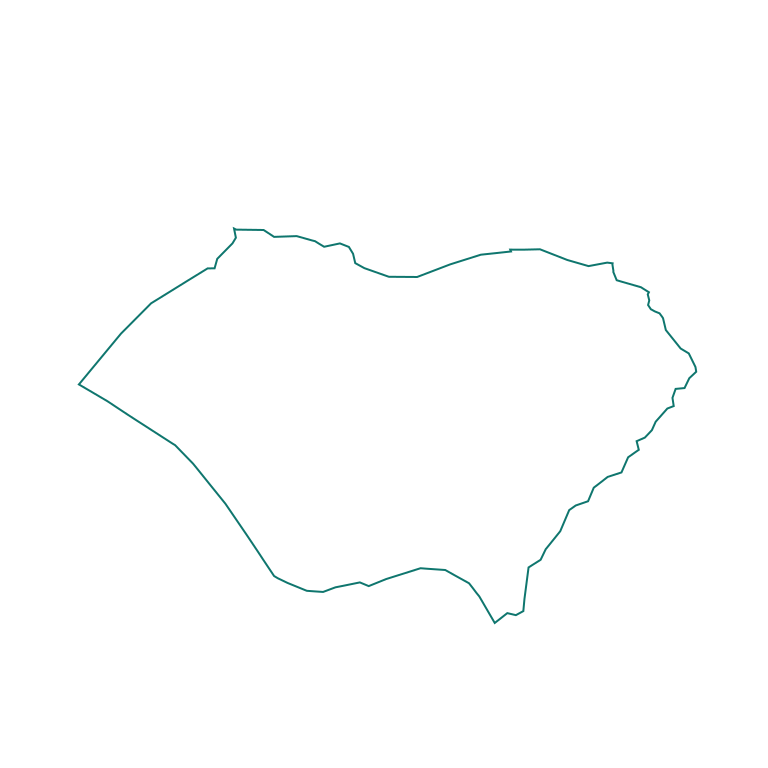 Doe, Nimba, Liberia (Natural Earth projection), rotated 301°
{"feature_id": "62588387B53345215693508", "entity_name": "Doe", "entity_type": "district", "adm_level": 2, "iso_a3": "LBR", "parent_name": "Liberia", "parent_adm1": "Nimba", "projection": "natural_earth1", "projection_center": [-8.791, 6.605], "detail": "fine", "context": "isolated", "style": "outline", "palette": "teal", "viewbox_px": 768, "rotation_deg": 301, "n_neighbors": 0, "source": "geoboundaries", "source_scale": "gbopen_adm2", "svg_char_len": 1858}
<svg xmlns="http://www.w3.org/2000/svg" viewBox="0 0 768 768"><g transform="rotate(301 384 384)"><path d="M605.2,517.8L603.0,512.8L590.4,498.6L584.7,477.2L579.8,448.3L570.8,434.1L564.2,423.0L563.0,424.6L554.2,413.0L544.7,400.4L520.6,379.1L496.0,359.8L492.8,357.3L478.5,333.1L478.3,332.4L473.2,307.5L472.8,297.1L479.7,290.4L483.4,283.3L481.8,273.8L470.8,262.0L470.8,256.1L470.9,251.3L470.0,248.4L465.8,233.0L453.5,214.0L453.9,204.3L454.0,201.5L451.1,196.5L440.2,177.8L440.0,175.4L433.1,181.7L426.5,181.7L405.4,176.6L395.9,179.2L392.5,173.7L392.3,173.3L370.9,162.2L351.8,152.4L333.2,142.8L330.3,142.1L310.4,137.2L291.7,132.6L284.5,131.5L226.5,122.7L226.8,155.8L225.7,180.5L225.4,189.3L224.0,233.7L224.0,236.4L217.4,261.3L214.5,269.3L208.5,285.6L199.7,309.7L183.8,344.3L175.1,362.8L171.3,370.7L162.8,388.7L162.8,393.0L163.8,403.8L166.6,421.9L166.7,422.6L167.0,424.4L171.1,432.5L174.4,438.9L184.7,447.1L190.5,453.5L201.5,465.5L202.9,475.0L217.9,486.3L244.9,510.2L246.1,512.6L248.2,516.8L255.4,530.9L256.1,532.3L256.4,542.5L257.0,559.4L256.7,560.3L254.9,565.0L252.8,570.2L252.6,570.7L251.0,575.1L236.2,602.0L251.1,607.7L253.8,616.1L261.1,620.4L272.1,615.1L301.2,602.4L305.5,604.5L314.0,608.8L325.8,607.7L326.9,607.9L348.6,610.9L371.3,607.7L378.6,610.9L388.6,619.3L403.2,617.2L407.4,618.9L419.6,623.6L430.5,633.1L446.9,631.0L455.3,634.7L458.8,636.3L465.1,630.0L472.4,635.2L482.4,637.4L491.6,636.3L508.9,639.5L514.3,643.7L520.7,638.4L530.0,636.5L535.3,643.7L546.2,642.7L554.6,645.1L555.3,645.3L556.3,644.5L559.0,642.2L567.2,629.5L567.2,625.6L567.2,620.0L575.4,597.8L584.1,589.3L584.8,587.9L586.5,583.8L585.7,578.7L585.6,575.4L585.5,574.3L587.7,569.7L592.3,568.3L592.9,567.7L596.7,563.9L597.1,563.9L599.1,563.8L599.2,557.4L599.3,554.5L594.2,535.4L592.8,530.0L598.1,522.9L599.1,522.4L604.0,518.3L605.2,517.8Z" fill="none" stroke="#0f766e" stroke-width="2"/></g></svg>